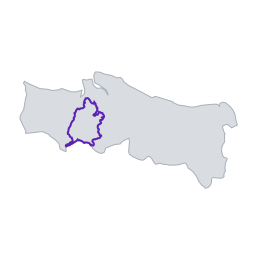 Portugal, with Évora highlighted, rotated 95°
{"feature_id": "PRT-744", "entity_name": "Évora", "entity_type": "District", "adm_level": 1, "iso_a3": "PRT", "parent_name": "Portugal", "parent_adm1": "", "projection": "mercator", "projection_center": [-7.866, 38.601], "detail": "fine", "context": "in_parent", "style": "outline", "palette": "violet", "viewbox_px": 256, "rotation_deg": 95, "n_neighbors": 0, "source": "natural_earth", "source_scale": "10m", "svg_char_len": 6045}
<svg xmlns="http://www.w3.org/2000/svg" viewBox="0 0 256 256"><g transform="rotate(95 128 128)"><path d="M97.7,28.2L100.8,25.2L103.8,23.3L105.5,22.6L112.5,20.6L114.3,19.6L116.1,19.7L116.3,20.7L117.3,22.6L118.5,23.9L118.8,24.8L116.0,28.8L115.7,30.2L117.1,32.7L117.3,33.5L118.0,33.8L119.9,33.7L123.3,32.1L125.6,30.7L126.4,31.3L133.0,30.5L134.6,31.1L135.6,31.8L138.9,32.8L142.4,32.9L146.8,31.5L148.7,30.2L149.1,28.7L149.2,27.6L149.7,26.8L150.7,26.4L152.3,27.2L154.5,27.8L159.9,28.0L161.0,27.2L162.8,27.4L165.2,28.5L168.0,28.1L169.4,29.4L169.9,31.1L170.1,34.8L169.9,38.5L170.4,39.9L172.3,40.3L175.3,40.2L178.1,41.2L180.2,43.0L180.9,44.8L181.2,46.0L180.1,46.7L178.7,49.4L175.0,52.8L169.7,55.9L165.6,59.8L162.8,64.4L159.3,66.4L158.3,67.4L157.9,68.7L160.2,74.3L160.9,78.6L161.4,83.9L161.1,85.4L160.9,91.3L160.4,93.0L160.5,94.3L161.3,95.8L161.7,97.2L160.1,99.1L157.2,101.1L155.1,103.0L154.5,104.7L154.6,105.8L158.3,109.4L158.9,110.9L158.4,114.5L156.3,120.4L154.3,124.0L154.0,124.3L151.7,125.3L140.8,125.4L138.1,126.2L138.5,126.9L141.1,131.5L143.7,133.9L144.6,134.5L145.6,139.8L149.9,148.4L154.1,149.5L155.6,151.7L155.3,154.7L154.0,157.9L151.5,161.3L148.4,163.6L146.4,166.0L146.2,168.7L145.6,172.1L144.6,174.8L144.4,176.7L152.1,188.1L156.4,187.6L156.9,187.8L156.2,190.6L154.8,193.8L153.2,194.4L149.5,195.4L146.0,199.5L143.2,204.4L141.1,206.8L139.1,212.7L139.4,215.2L140.3,219.1L142.3,229.3L139.5,229.8L128.4,236.4L125.0,236.4L118.5,233.5L107.2,232.6L103.5,231.7L98.9,233.6L95.4,233.6L92.6,236.0L90.5,235.3L92.8,229.9L96.5,219.0L96.4,212.4L97.2,206.6L96.2,200.9L94.4,197.3L96.9,188.0L96.6,183.2L94.3,177.1L101.2,178.0L99.1,175.6L97.0,174.1L95.0,174.5L93.2,174.4L87.3,176.8L84.4,177.5L83.5,177.1L83.8,173.3L82.3,168.4L84.7,167.1L87.4,166.7L89.7,164.6L91.2,162.3L90.4,158.1L92.5,154.1L97.2,150.8L94.8,151.3L91.9,153.4L87.5,160.9L86.0,164.8L82.2,166.0L78.8,166.7L77.1,166.3L75.0,165.3L74.8,162.4L75.0,160.2L76.4,155.7L77.0,149.3L79.0,143.6L78.8,142.1L78.3,139.8L80.0,137.6L82.3,136.1L85.6,131.2L90.3,119.5L95.7,106.9L95.3,105.4L94.1,104.2L94.6,100.8L97.9,86.0L99.2,84.1L100.7,79.7L101.1,72.7L101.7,67.8L101.5,65.3L101.0,62.4L99.0,56.8L96.8,44.8L96.6,40.8L98.4,38.8L95.4,38.5L94.1,35.9L94.4,32.9L97.7,28.2Z" fill="#d9dde1" stroke="#a8b0b8" stroke-width="1"/><path d="M148.2,163.8L146.7,165.0L146.4,165.7L146.3,166.0L146.1,167.4L146.0,168.4L146.0,168.8L146.1,169.1L146.2,169.4L146.4,169.5L146.6,169.7L146.7,170.0L146.6,170.6L145.2,172.6L144.6,174.7L144.3,175.1L144.7,175.7L144.6,176.2L144.3,176.6L143.8,177.1L144.3,177.4L145.2,178.0L148.7,182.5L148.8,182.7L149.0,183.3L149.1,183.5L149.4,183.8L149.9,184.2L150.1,184.4L151.4,187.7L151.7,188.0L151.4,188.3L151.1,188.4L150.6,188.3L150.2,188.0L149.9,187.7L149.6,187.2L149.5,186.9L149.2,186.0L149.1,185.7L149.0,185.4L148.8,185.2L148.0,184.8L147.3,184.2L147.2,183.9L147.1,183.6L147.0,183.3L146.9,183.0L146.7,182.8L146.6,182.6L146.5,182.4L146.5,182.2L146.4,181.9L146.2,181.9L145.9,181.9L145.1,182.3L144.9,182.3L144.6,182.3L143.5,182.9L142.5,183.2L142.5,183.5L142.4,183.8L142.3,184.2L142.1,184.5L141.7,184.8L141.6,185.0L141.1,185.2L141.0,185.4L140.1,185.9L139.5,186.4L139.1,187.1L139.1,187.4L138.7,187.5L137.2,187.5L136.5,187.2L135.9,187.1L133.8,187.0L133.3,186.9L131.2,185.7L130.4,185.4L128.7,185.2L126.0,184.0L125.2,183.1L124.3,182.7L124.0,182.6L123.6,182.6L122.9,183.0L122.6,183.0L122.3,182.9L122.0,182.6L121.6,182.2L121.4,182.1L121.0,182.1L120.2,182.1L117.8,182.1L117.7,182.5L116.5,181.5L115.9,181.3L115.6,181.3L115.3,181.3L115.0,181.2L114.3,180.8L113.9,180.4L113.2,180.1L113.0,179.7L113.5,178.8L113.6,178.0L113.4,177.7L113.2,177.5L112.7,177.3L112.6,177.1L112.6,176.8L112.7,176.7L112.3,175.3L112.3,175.1L112.2,174.9L112.1,174.6L111.6,174.2L111.0,173.4L110.7,173.3L110.1,173.4L109.4,173.9L108.9,174.1L108.0,174.1L107.6,173.9L107.3,173.7L107.1,173.5L107.0,173.3L106.7,173.2L106.4,173.1L106.3,173.3L106.4,173.5L106.4,173.8L106.4,174.0L106.2,174.1L105.4,173.8L104.4,173.7L103.2,172.9L102.2,172.8L102.0,171.8L101.9,171.5L101.8,171.2L101.8,170.8L101.8,170.5L103.0,169.0L105.7,167.1L106.2,166.4L106.5,166.0L106.5,165.5L106.5,165.2L106.8,164.6L106.8,164.2L106.6,164.0L105.2,163.8L106.8,162.4L108.2,162.2L108.5,161.9L109.2,161.2L109.6,161.1L109.9,161.2L110.2,161.1L110.4,161.0L110.5,160.9L110.6,160.6L110.7,160.4L110.8,160.2L111.0,160.2L111.6,160.4L112.0,160.4L112.4,160.3L112.7,160.3L112.9,160.3L113.1,160.2L113.3,159.8L113.5,159.8L113.7,160.0L114.6,160.9L114.9,161.1L115.9,161.4L116.2,161.5L116.4,161.7L116.5,161.9L116.6,162.2L116.7,162.4L116.9,162.4L117.0,162.3L117.4,163.0L117.5,163.2L118.1,163.5L118.6,162.9L118.8,162.3L118.7,162.0L118.5,161.7L118.3,161.6L118.0,161.6L117.5,161.0L117.3,160.7L117.3,160.3L117.5,159.6L117.3,159.3L117.2,159.2L116.8,159.1L115.1,158.3L114.9,158.2L114.6,158.0L114.5,157.6L114.6,157.4L114.8,157.1L115.0,156.9L115.1,156.5L115.2,156.1L115.2,155.4L115.3,155.0L115.5,154.7L116.1,154.7L116.3,154.5L116.6,154.0L117.2,153.4L117.8,153.2L118.0,153.0L119.2,152.9L119.6,153.1L119.6,153.3L119.6,153.6L119.4,154.2L119.6,154.7L119.8,155.0L120.0,154.9L120.1,154.6L120.1,154.4L120.1,154.2L120.6,153.9L121.1,153.8L121.4,153.9L121.5,154.0L122.3,154.8L122.4,155.1L122.4,155.7L122.4,156.2L122.5,156.3L123.3,156.4L123.6,156.4L123.8,156.2L124.1,156.0L124.3,155.8L124.8,155.4L125.5,155.3L125.9,155.6L127.3,157.6L128.2,158.2L128.6,158.3L129.0,158.3L129.2,158.2L129.9,158.3L131.0,157.9L131.3,157.5L131.8,156.9L132.1,156.9L132.6,157.2L132.8,157.3L133.2,157.1L133.5,157.1L133.8,157.2L134.5,157.5L134.8,157.4L135.1,157.2L135.2,156.9L135.5,156.6L135.9,156.2L136.4,156.0L137.1,155.9L137.6,155.7L137.9,155.4L138.0,155.2L138.0,154.9L137.9,154.7L137.7,154.3L138.1,154.0L138.3,154.0L138.6,154.4L139.9,155.0L140.4,155.5L140.6,155.9L140.7,156.6L140.7,156.9L140.8,157.3L141.5,158.0L141.7,158.8L141.8,159.3L142.3,160.0L142.1,160.7L142.3,161.0L142.7,161.8L143.0,162.0L143.5,162.3L144.1,162.3L144.7,162.2L145.4,161.5L146.1,160.9L147.1,160.6L147.6,160.6L148.0,160.8L148.4,161.0L148.5,161.3L148.6,161.9L148.5,162.2L148.0,162.9L148.0,163.1L147.9,163.5L148.2,163.8L148.2,163.8Z" fill="none" stroke="#5b21b6" stroke-width="2"/></g></svg>